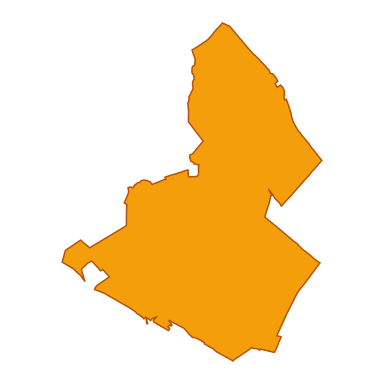 Hanesti, Botosani, Romania (orthographic projection)
{"feature_id": "2599482B45737492982301", "entity_name": "Hanesti", "entity_type": "district", "adm_level": 2, "iso_a3": "ROU", "parent_name": "Romania", "parent_adm1": "Botosani", "projection": "orthographic", "projection_center": [27.009, 47.93], "detail": "fine", "context": "isolated", "style": "filled", "palette": "amber", "viewbox_px": 384, "rotation_deg": 0, "n_neighbors": 0, "source": "geoboundaries", "source_scale": "gbopen_adm2", "svg_char_len": 5921}
<svg xmlns="http://www.w3.org/2000/svg" viewBox="0 0 384 384"><path d="M274.3,352.4L275.8,349.6L277.1,346.8L278.8,342.3L280.2,339.2L280.9,337.6L281.1,337.0L281.1,336.8L281.0,336.7L276.9,335.8L277.9,333.2L278.1,332.7L279.5,330.0L280.4,327.7L282.5,323.4L282.8,322.6L286.5,314.4L287.9,311.7L289.1,309.2L289.8,307.9L291.8,303.7L292.6,302.3L294.9,297.7L295.4,296.8L297.1,293.2L300.4,288.7L302.9,285.6L303.7,284.7L305.4,282.3L309.3,277.3L311.0,274.9L313.7,271.3L314.1,270.9L316.1,268.0L318.2,265.4L320.0,262.9L316.2,260.3L313.8,258.5L309.3,254.5L305.1,251.2L302.0,248.9L301.2,247.9L300.7,247.6L299.5,246.3L298.4,245.5L298.1,245.0L298.0,244.4L297.8,244.1L297.4,243.7L295.7,242.7L294.5,241.7L293.7,241.2L292.6,240.4L291.8,239.5L289.5,237.7L280.6,230.1L279.6,229.2L273.1,223.9L264.9,217.1L266.0,212.8L267.3,209.0L267.7,207.5L269.1,203.7L269.8,200.1L270.5,197.9L270.5,196.9L270.7,195.9L271.3,195.7L271.7,195.3L271.9,195.0L271.9,194.8L271.8,194.3L271.5,193.9L271.1,193.6L270.4,193.2L269.3,191.0L269.1,190.0L270.1,191.1L270.8,192.2L272.8,194.6L273.3,195.9L275.3,198.8L276.4,200.0L279.2,202.7L279.7,203.4L280.1,204.1L280.9,205.6L281.2,205.9L281.4,206.1L285.7,201.3L290.4,196.4L292.4,194.0L293.5,192.8L296.6,189.1L298.7,186.9L304.5,180.2L308.0,176.4L308.5,176.0L310.2,173.7L312.2,171.3L313.2,170.4L317.0,166.0L318.2,164.5L319.5,163.2L321.8,160.4L321.4,160.0L317.9,155.6L316.5,153.7L312.0,148.2L310.6,146.4L308.9,143.7L307.8,142.2L305.9,140.2L304.5,138.4L303.8,137.6L301.2,134.6L300.4,133.2L298.6,131.1L297.0,128.9L293.4,122.2L292.7,120.5L291.7,116.9L291.2,114.8L291.0,113.7L291.0,113.3L289.7,108.9L289.4,108.1L289.0,107.2L288.6,105.6L286.3,99.2L284.8,100.0L284.7,99.9L284.3,99.4L284.0,96.5L284.1,96.2L284.5,95.7L284.7,95.4L284.2,93.8L284.5,91.0L283.0,87.9L282.2,86.9L281.4,85.9L280.5,85.1L277.1,87.4L275.1,83.6L276.3,82.4L277.8,81.3L275.8,77.6L274.8,76.0L274.3,75.7L273.6,74.7L272.8,74.0L272.4,73.8L271.3,73.6L270.1,73.2L269.9,72.8L269.8,72.0L269.5,71.1L268.9,70.2L268.4,69.6L266.4,67.5L266.0,66.8L265.0,65.8L261.3,61.8L260.7,61.2L258.4,58.6L256.6,57.0L255.4,55.7L254.2,54.8L251.2,51.7L249.5,49.8L230.2,26.9L229.7,26.4L229.3,26.1L222.4,23.0L218.5,27.5L217.1,28.8L215.9,30.2L213.7,32.7L212.2,34.8L209.1,38.3L208.7,38.5L208.8,38.8L206.4,40.7L196.9,47.1L192.1,49.9L192.3,50.8L193.0,53.2L193.5,54.6L194.1,55.8L194.5,57.3L194.9,58.1L195.1,59.0L195.2,59.7L194.9,62.0L194.9,62.8L194.7,64.3L194.6,64.9L194.5,65.3L194.3,65.5L192.7,66.2L192.2,67.4L191.9,70.6L191.9,71.9L192.0,72.7L192.5,73.7L193.2,74.4L193.4,74.9L193.8,75.6L193.9,76.1L194.0,76.4L193.9,77.0L194.0,79.2L193.8,79.6L193.0,81.0L192.6,82.4L192.6,83.6L192.5,84.4L192.5,84.9L192.9,86.3L193.0,88.0L193.0,88.7L192.9,89.3L192.6,89.8L191.8,91.1L190.2,94.6L189.3,96.2L189.0,96.7L188.9,97.2L188.9,97.6L189.1,98.8L189.1,99.5L188.6,101.2L188.4,101.9L187.9,102.7L187.7,103.1L188.2,107.0L188.3,109.6L188.6,109.9L188.5,113.4L188.5,116.6L188.5,117.6L188.4,118.4L188.5,120.3L188.3,121.7L201.9,139.5L203.2,141.2L203.2,141.4L201.6,143.0L192.4,154.0L190.2,154.8L189.9,155.0L189.8,155.6L189.7,156.5L189.8,157.6L189.9,158.5L190.3,159.6L190.5,160.4L190.8,161.0L191.1,161.4L191.7,161.7L192.4,162.0L193.3,162.4L194.0,163.9L195.9,164.1L196.4,164.4L197.6,164.7L198.7,164.7L198.5,167.2L198.4,170.3L198.6,170.6L198.7,171.1L198.6,171.9L198.5,172.9L198.2,175.0L197.9,175.9L196.1,176.4L194.8,176.7L192.2,176.6L190.6,176.9L189.2,176.9L188.4,176.3L188.3,175.6L188.3,173.7L188.2,172.4L188.1,170.4L187.9,169.9L186.4,170.4L182.6,171.5L181.2,172.1L180.1,172.3L176.1,173.8L170.7,175.3L164.9,177.2L165.8,179.0L152.4,184.4L151.1,183.1L150.1,181.7L149.6,181.5L148.3,181.1L146.1,180.3L143.8,180.1L142.3,180.2L141.7,180.4L141.2,180.8L139.8,182.3L139.4,182.5L137.7,182.8L136.9,183.3L135.9,184.2L135.2,184.6L134.1,186.0L133.1,187.6L132.9,187.6L131.9,187.2L131.1,187.3L129.9,187.0L128.2,187.7L128.0,187.9L128.3,189.5L128.6,191.8L128.5,192.6L127.3,195.7L124.2,202.9L124.3,203.1L124.6,203.3L125.2,203.5L126.8,204.4L126.5,211.3L126.4,225.7L89.6,247.8L80.6,240.1L65.4,250.4L62.2,262.1L72.7,268.4L72.8,268.2L75.8,271.1L77.3,272.6L80.2,275.1L81.0,276.0L83.3,279.3L85.0,281.5L84.7,280.5L83.9,278.3L83.5,276.5L82.4,273.5L82.0,271.9L81.6,269.9L81.6,269.2L81.7,268.8L87.7,263.2L88.3,262.8L89.3,262.4L91.4,261.2L91.8,261.2L92.7,262.0L94.5,264.0L98.7,268.5L99.4,269.5L100.6,270.7L100.7,270.8L100.9,270.8L102.5,269.7L102.9,269.7L103.3,270.0L104.3,271.2L109.5,276.9L107.9,277.9L100.8,282.8L98.0,284.7L97.3,285.2L96.6,286.0L95.6,287.1L95.2,287.7L94.9,288.4L94.7,289.6L98.0,290.7L104.5,293.4L128.8,307.4L134.8,311.3L135.2,311.6L136.7,313.3L137.6,314.0L139.8,315.2L140.6,315.9L141.5,316.8L142.3,317.2L142.7,317.4L143.9,318.9L145.3,317.5L145.9,317.7L146.2,318.4L146.3,318.7L146.1,319.3L146.3,320.2L146.3,321.3L146.4,321.7L146.9,322.3L146.6,322.9L147.0,323.9L147.8,323.4L147.2,322.0L146.9,321.3L146.8,320.5L146.7,319.1L146.3,317.6L150.7,320.5L151.0,320.2L151.9,318.8L153.8,317.8L154.7,317.7L156.3,317.1L155.7,318.0L154.2,319.4L153.3,320.2L153.3,320.6L153.5,321.1L153.6,321.4L153.5,321.8L157.9,324.6L159.6,325.4L166.7,329.5L168.4,330.6L169.4,329.4L169.6,329.1L169.6,328.7L169.2,327.9L167.9,326.7L168.4,326.2L169.4,325.0L169.7,325.0L170.3,325.3L171.0,326.1L171.6,325.6L171.9,325.1L170.8,323.2L170.1,322.1L169.0,321.0L169.5,320.4L171.4,321.7L176.9,324.5L181.2,326.8L182.5,327.3L184.6,328.9L186.4,330.9L189.4,334.7L191.8,336.7L191.9,336.9L192.1,337.1L192.6,337.5L193.4,337.6L194.6,337.5L196.5,338.3L196.7,338.6L197.0,338.7L197.3,338.6L198.9,339.3L199.8,340.0L200.7,340.3L201.1,340.5L201.5,340.6L202.0,341.3L202.0,341.5L202.8,341.5L203.4,342.2L204.0,342.8L204.4,343.0L204.3,343.8L213.5,349.0L214.4,350.2L214.9,350.5L216.5,351.8L221.5,354.5L224.8,356.4L231.3,359.9L233.0,361.0L233.9,360.0L235.6,358.7L240.3,355.6L243.1,353.6L247.3,350.9L250.4,348.6L251.6,347.5L251.8,347.5L253.1,348.2L253.9,348.5L256.7,348.7L258.1,349.0L258.7,349.4L259.4,350.1L259.7,350.0L260.5,349.3L260.9,349.2L274.3,352.4Z" fill="#f59e0b" stroke="#b45309" stroke-width="1.5"/></svg>